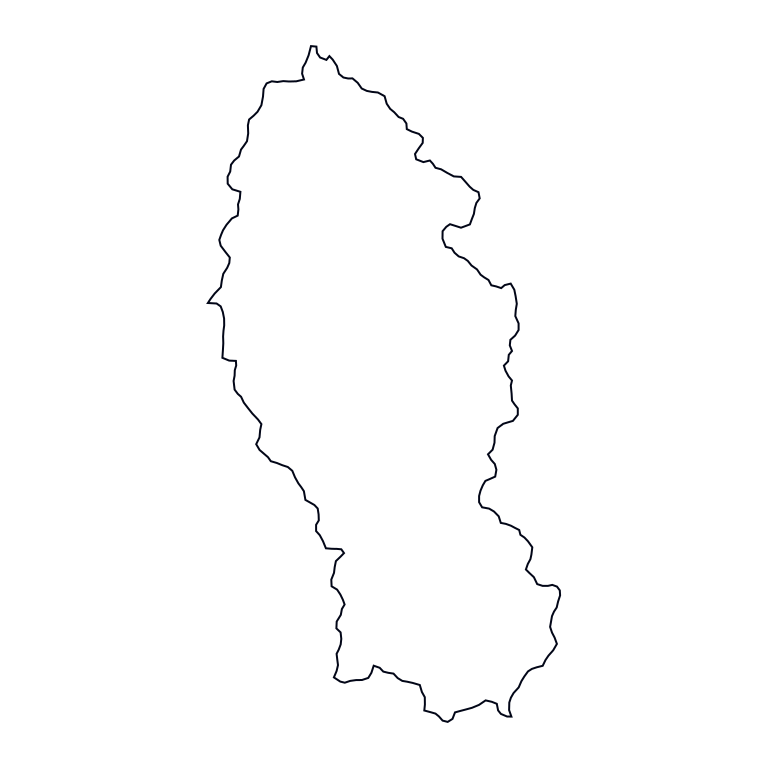 Aiuruoca, Minas Gerais, Brazil
{"feature_id": "56859067B43172679748433", "entity_name": "Aiuruoca", "entity_type": "district", "adm_level": 2, "iso_a3": "BRA", "parent_name": "Brazil", "parent_adm1": "Minas Gerais", "projection": "orthographic", "projection_center": [-44.641, -21.953], "detail": "fine", "context": "isolated", "style": "outline", "palette": "ink", "viewbox_px": 768, "rotation_deg": 0, "n_neighbors": 0, "source": "geoboundaries", "source_scale": "gbopen_adm2", "svg_char_len": 4055}
<svg xmlns="http://www.w3.org/2000/svg" viewBox="0 0 768 768"><path d="M316.4,46.6L311.0,46.1L308.6,55.3L305.6,62.7L302.8,67.5L302.1,73.7L304.0,79.5L296.3,81.3L289.1,81.5L283.3,81.1L277.3,82.0L271.8,81.3L266.6,83.4L263.6,88.9L263.0,96.6L261.4,105.2L257.5,111.8L253.5,115.8L249.1,119.5L247.9,125.3L248.2,133.4L247.0,141.2L243.7,146.0L241.0,149.6L239.0,156.5L234.2,160.5L231.0,164.7L230.2,171.6L227.6,176.7L227.7,183.7L232.3,189.3L240.4,191.8L239.8,198.9L238.0,204.4L238.4,209.4L237.7,215.6L231.9,218.4L226.5,224.8L223.0,230.3L221.1,234.8L219.3,239.9L220.7,245.7L225.6,252.2L229.8,257.5L229.3,263.0L227.2,267.8L223.3,273.8L221.8,280.6L220.9,287.1L214.7,293.5L210.5,299.0L207.9,303.0L216.6,303.5L220.7,306.4L222.8,312.0L224.1,318.6L224.2,325.4L223.5,330.7L223.1,336.4L223.3,343.3L222.9,350.4L222.4,357.8L229.2,360.6L235.9,360.9L236.2,365.5L234.8,370.2L234.6,375.7L233.6,381.0L234.6,389.6L237.8,393.9L241.1,396.8L243.8,402.6L248.1,408.2L252.3,413.5L258.0,419.5L261.4,424.1L260.2,429.8L259.5,437.4L256.2,444.2L259.6,450.0L264.5,454.2L268.0,457.2L270.8,461.2L276.9,463.0L282.3,465.2L287.8,467.0L292.3,470.8L295.0,477.3L298.4,483.4L301.2,487.1L303.9,491.2L305.4,499.9L309.5,502.2L314.4,505.0L317.7,508.5L318.6,514.4L318.8,520.4L316.1,524.8L316.1,531.1L319.8,535.2L323.0,541.2L325.9,548.3L331.9,548.8L337.0,548.9L341.3,549.3L344.0,553.1L340.4,556.8L335.9,561.1L334.7,567.1L334.0,572.9L331.3,579.6L331.6,586.3L337.1,589.6L340.4,594.6L342.9,599.8L344.6,604.5L341.9,609.0L340.8,614.9L336.7,621.5L336.4,628.4L340.6,632.4L341.3,638.9L340.7,644.4L338.7,649.7L336.6,653.8L337.3,659.8L338.0,665.1L336.6,671.0L333.9,677.4L340.3,681.6L344.8,682.7L350.2,680.9L355.9,680.1L362.0,680.0L368.3,677.9L371.4,672.8L373.7,665.7L379.7,667.8L383.3,671.6L388.2,672.8L393.5,673.6L397.7,678.1L402.3,680.9L407.1,681.7L412.6,682.9L419.8,685.0L421.9,692.0L424.8,697.2L424.9,704.6L424.3,710.5L431.0,712.3L435.5,713.6L438.9,716.4L442.6,720.6L447.7,721.9L452.5,718.9L455.0,712.4L459.7,711.1L465.4,709.6L472.0,707.8L479.0,704.9L485.6,700.4L491.8,701.8L496.8,703.8L498.1,710.4L500.9,713.9L507.0,716.5L511.4,716.6L509.1,710.1L509.3,702.5L510.9,697.7L513.6,693.0L518.7,687.4L521.4,681.2L524.3,676.5L528.0,671.4L531.9,668.9L536.7,667.3L542.7,665.8L545.5,660.0L548.5,655.6L553.2,650.3L556.9,643.9L554.6,637.6L552.0,632.6L550.1,626.9L551.0,621.8L552.0,616.1L554.0,611.6L556.7,607.5L558.1,601.5L560.1,595.4L559.8,590.4L557.0,586.6L552.3,584.9L547.8,585.9L542.7,585.9L537.2,584.1L533.9,577.2L529.6,573.2L525.9,569.5L527.8,564.0L530.4,559.2L531.4,554.6L532.3,547.3L528.0,541.3L524.4,537.5L520.4,534.8L519.2,530.0L515.0,527.9L510.9,525.7L505.9,523.9L500.8,522.9L498.7,516.3L494.0,511.5L489.1,508.6L482.1,507.3L479.1,502.2L479.1,496.0L480.5,490.7L482.8,485.3L485.4,480.9L489.4,479.2L495.2,476.6L496.4,469.8L494.8,464.0L491.1,459.8L488.0,454.3L492.6,449.7L494.5,442.7L494.7,436.1L497.6,428.0L503.2,423.8L508.1,422.3L512.9,420.9L517.8,414.8L517.8,408.4L514.6,404.4L512.0,400.6L511.6,393.6L510.8,385.5L512.0,380.5L508.6,376.4L505.5,370.7L503.9,365.6L508.1,361.3L508.8,354.8L512.0,351.0L509.8,345.4L510.4,339.8L515.1,335.6L518.6,330.0L518.6,323.4L515.3,316.1L515.8,309.8L516.8,303.8L515.6,296.1L514.3,289.7L510.7,283.6L504.7,285.1L501.2,288.1L496.1,286.4L491.3,285.3L488.5,280.0L484.1,277.3L480.6,274.7L477.0,269.4L471.5,265.5L467.8,260.9L464.0,258.2L458.7,256.4L454.5,252.7L451.7,248.3L445.8,246.9L442.5,238.7L442.6,231.2L446.3,226.8L450.0,224.2L455.4,225.9L461.0,227.7L465.1,226.2L469.9,224.4L471.8,219.2L473.9,213.9L474.8,208.1L476.4,202.9L479.7,198.4L478.5,192.2L473.3,189.9L469.7,186.7L465.6,182.0L461.1,176.9L453.8,176.4L447.4,173.0L441.1,169.3L435.5,167.8L432.9,163.8L429.9,160.5L423.4,162.1L416.2,159.3L415.0,154.0L418.7,148.4L422.7,142.9L422.9,137.9L418.9,133.9L411.9,131.6L406.8,129.1L406.4,123.5L403.1,118.8L398.6,117.0L394.2,112.2L390.2,108.9L386.7,103.7L384.6,96.2L377.9,92.5L372.0,91.9L366.8,90.9L361.7,88.5L357.7,82.8L352.5,78.4L348.2,78.5L343.4,77.5L339.0,73.9L336.9,66.0L332.7,59.6L329.4,56.1L326.4,59.9L320.1,57.5L317.0,53.0L316.4,46.6Z" fill="none" stroke="#020617" stroke-width="2"/></svg>